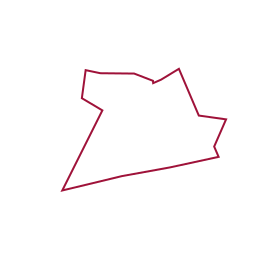 outline of Ngeremlengui, rotated 59°
{"feature_id": "PLW-5256", "entity_name": "Ngeremlengui", "entity_type": "state/province", "adm_level": 1, "iso_a3": "PLW", "parent_name": "Palau", "parent_adm1": "", "projection": "natural_earth1", "projection_center": [134.562, 7.532], "detail": "fine", "context": "isolated", "style": "outline", "palette": "rose", "viewbox_px": 256, "rotation_deg": 59, "n_neighbors": 0, "source": "natural_earth", "source_scale": "10m", "svg_char_len": 354}
<svg xmlns="http://www.w3.org/2000/svg" viewBox="0 0 256 256"><g transform="rotate(59 128 128)"><path d="M78.7,152.2L56.6,134.5L66.8,123.5L84.5,94.7L100.4,82.3L102.5,83.3L103.6,74.8L103.5,53.9L153.8,60.9L171.1,39.5L188.3,63.7L199.4,65.2L183.4,112.3L166.1,158.0L147.7,216.5L99.7,140.9L78.7,152.2Z" fill="none" stroke="#9f1239" stroke-width="2"/></g></svg>